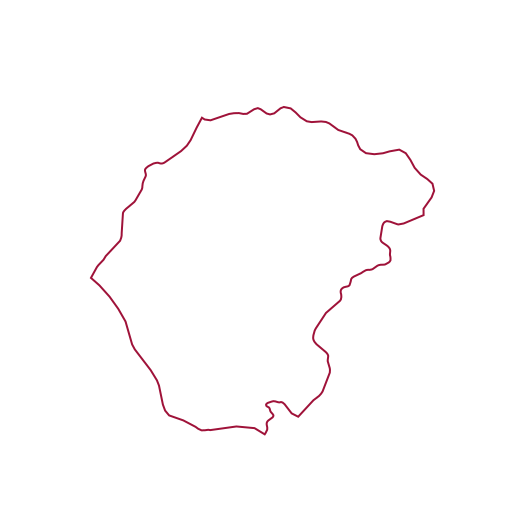 an SVG outline of Phetchaburi, rotated 132°
{"feature_id": "THA-419", "entity_name": "Phetchaburi", "entity_type": "Province", "adm_level": 1, "iso_a3": "THA", "parent_name": "Thailand", "parent_adm1": "", "projection": "mercator", "projection_center": [99.57, 12.939], "detail": "fine", "context": "isolated", "style": "outline", "palette": "rose", "viewbox_px": 512, "rotation_deg": 132, "n_neighbors": 0, "source": "natural_earth", "source_scale": "10m", "svg_char_len": 2927}
<svg xmlns="http://www.w3.org/2000/svg" viewBox="0 0 512 512"><g transform="rotate(132 256 256)"><path d="M189.4,388.7L188.9,385.5L185.6,380.6L168.4,371.0L164.6,367.9L161.2,364.3L159.0,360.6L156.4,357.9L148.2,355.6L144.9,353.6L143.8,350.7L143.0,343.5L141.4,340.3L137.8,337.9L129.8,336.6L126.7,335.1L123.1,329.0L122.8,322.6L123.2,315.8L121.9,308.4L119.3,304.3L112.4,297.6L109.6,293.7L108.4,290.2L107.3,279.2L102.7,268.4L101.9,265.2L102.3,260.5L103.6,257.2L105.4,254.1L106.9,250.0L106.0,243.1L101.2,236.2L94.7,230.4L88.8,226.7L81.1,220.7L79.4,213.5L81.3,205.5L84.3,197.1L85.3,188.1L84.2,180.1L84.2,173.2L88.4,167.2L95.0,164.7L108.8,163.1L113.5,158.8L119.4,161.6L133.0,168.0L137.3,171.3L137.9,172.4L140.7,179.2L142.5,182.1L144.1,182.9L145.5,183.2L146.9,183.0L148.1,182.6L149.3,182.1L159.2,175.7L160.1,175.0L160.7,174.0L161.2,173.0L161.4,171.7L161.3,170.3L160.7,166.1L160.6,164.5L160.7,163.1L161.0,161.7L161.5,160.7L162.3,159.7L165.0,157.7L165.8,156.9L166.6,155.7L167.7,154.5L169.2,153.2L170.6,152.9L171.9,153.0L175.7,154.3L176.7,155.0L179.1,157.5L180.0,158.2L180.9,158.8L182.1,159.3L187.5,160.5L188.6,161.0L190.4,162.4L191.1,163.3L192.1,164.2L193.2,164.9L196.6,166.0L198.1,166.3L205.8,169.5L207.9,170.0L209.5,169.8L211.7,168.5L215.0,167.0L216.4,167.1L217.6,167.8L218.8,168.7L220.7,169.9L222.4,170.3L223.9,170.3L225.1,169.8L226.0,169.1L226.8,168.2L227.4,167.2L228.3,166.2L229.4,165.1L231.4,163.9L232.9,163.6L251.5,165.9L269.8,163.1L272.1,162.5L276.5,160.3L278.3,159.0L279.2,158.1L279.8,157.2L280.3,156.1L280.7,154.8L281.1,151.9L280.7,139.9L280.8,138.5L281.1,137.1L281.6,135.9L282.4,135.1L285.3,133.1L286.2,132.3L289.9,126.3L290.6,125.4L291.4,124.6L293.3,123.1L312.1,115.9L314.7,115.5L317.8,115.5L324.7,116.8L347.2,117.1L349.1,124.2L347.0,135.6L347.1,138.2L347.8,139.7L348.9,140.4L349.8,141.6L351.2,144.5L352.3,146.0L353.8,147.0L357.2,148.9L358.7,149.3L359.8,149.0L360.4,148.1L360.4,146.9L360.1,145.9L359.9,144.8L360.3,143.7L361.6,141.7L362.0,140.6L362.3,137.8L362.7,136.5L363.6,135.9L364.8,135.7L370.1,136.8L371.5,136.8L372.7,136.4L373.7,135.7L374.4,134.9L375.8,133.0L376.9,132.0L377.7,131.4L381.3,130.4L382.7,130.2L384.9,141.9L395.8,156.5L416.0,173.5L417.1,175.2L419.5,177.2L422.0,179.8L423.1,183.4L423.4,186.6L426.8,200.0L432.6,213.9L431.7,220.1L428.7,225.8L417.2,241.4L414.7,246.4L411.3,257.9L406.5,283.6L404.6,288.9L392.0,309.1L387.4,323.1L384.2,337.7L382.6,352.7L382.7,364.0L370.7,366.8L368.3,367.0L360.8,366.8L356.6,367.6L335.6,367.2L332.6,368.4L330.9,369.4L329.7,370.4L328.9,371.1L313.5,383.3L312.5,383.9L310.5,384.2L307.8,384.1L297.3,382.6L295.3,382.8L283.0,385.4L281.5,386.1L279.8,387.4L277.8,388.8L275.4,389.9L270.7,391.3L269.6,391.9L268.8,392.8L267.5,394.8L266.8,395.7L265.8,396.4L263.9,396.5L261.3,396.1L255.9,394.1L253.7,392.6L252.3,391.3L251.3,389.1L250.6,388.2L249.7,387.4L248.6,386.8L247.3,386.4L228.2,381.9L220.3,381.2L213.7,382.1L200.3,386.0L189.4,388.7Z" fill="none" stroke="#9f1239" stroke-width="2"/></g></svg>